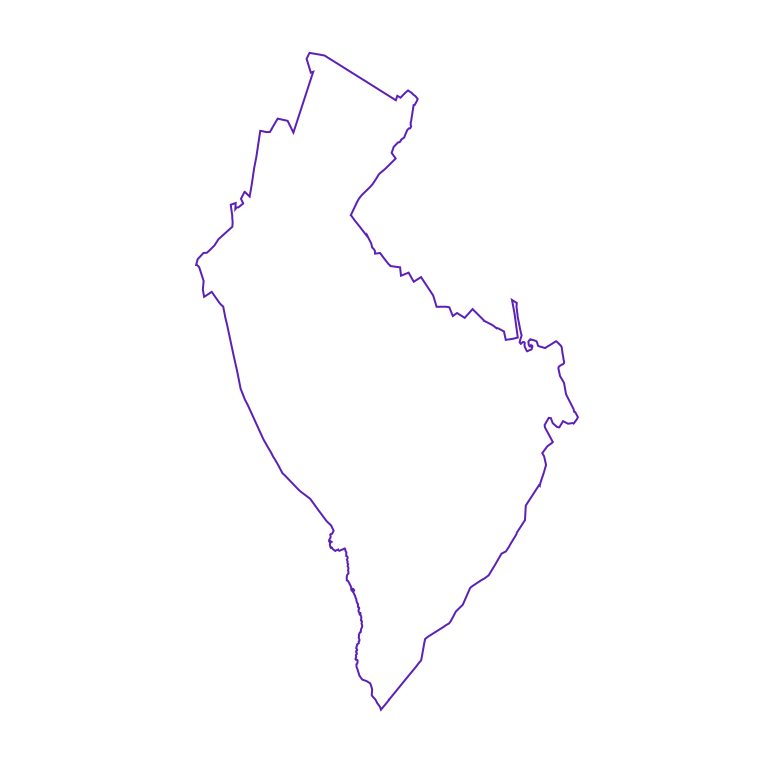 Saunas pag., Preilu, Latvia (Equal Earth projection), rotated 94°
{"feature_id": "27541924B85547198118139", "entity_name": "Saunas pag.", "entity_type": "district", "adm_level": 2, "iso_a3": "LVA", "parent_name": "Latvia", "parent_adm1": "Preilu", "projection": "equal_earth", "projection_center": [26.635, 56.393], "detail": "fine", "context": "isolated", "style": "outline", "palette": "violet", "viewbox_px": 768, "rotation_deg": 94, "n_neighbors": 0, "source": "geoboundaries", "source_scale": "gbopen_adm2", "svg_char_len": 6112}
<svg xmlns="http://www.w3.org/2000/svg" viewBox="0 0 768 768"><g transform="rotate(94 384 384)"><path d="M140.1,525.1L166.4,527.2L177.8,528.6L193.6,529.8L206.4,531.1L202.0,536.3L202.1,536.5L209.2,539.6L213.6,537.1L213.9,537.2L217.9,541.5L218.2,543.3L219.9,544.5L213.8,544.6L215.9,549.4L227.3,547.0L227.7,547.1L228.7,547.0L232.9,546.3L237.6,546.2L251.2,559.3L257.5,562.7L263.8,568.2L265.5,570.0L265.8,573.0L266.0,573.3L272.5,578.6L278.4,579.7L278.4,578.8L280.2,576.6L293.8,571.1L302.5,571.3L309.6,569.5L304.1,562.3L314.7,553.7L316.5,551.8L318.0,549.8L327.7,547.2L328.3,547.1L335.4,544.8L367.1,535.7L381.1,531.5L398.7,526.7L409.2,521.7L414.2,518.6L447.5,500.5L454.0,496.2L460.4,491.8L464.4,489.4L466.5,487.8L471.8,484.2L479.9,479.2L482.3,476.3L496.1,461.1L497.5,459.1L503.7,449.6L514.0,441.0L525.0,431.5L528.8,426.9L533.9,424.0L536.9,425.3L537.2,425.6L537.5,426.8L537.8,427.0L538.2,427.1L539.7,426.6L541.1,426.7L541.7,427.0L542.8,427.6L543.9,427.9L544.4,427.9L544.9,427.6L544.1,427.1L545.1,425.4L545.3,425.8L546.6,426.6L548.0,426.8L548.6,426.7L551.0,425.8L551.2,425.6L550.6,425.0L550.6,424.8L552.0,423.8L552.6,423.0L553.7,421.4L553.9,420.8L553.4,420.3L552.5,418.4L552.8,418.4L553.3,417.4L553.5,416.7L552.4,415.0L551.9,413.5L550.8,411.9L550.9,411.5L551.1,411.3L553.4,410.7L554.5,409.8L555.1,409.7L556.0,409.9L558.3,409.6L558.5,408.8L559.2,408.3L559.9,408.1L562.0,408.7L563.6,407.9L565.0,408.0L566.0,407.5L566.2,407.2L567.8,407.6L568.4,407.5L569.4,406.8L570.0,406.7L570.8,406.6L572.2,406.9L573.7,406.4L574.6,406.4L575.3,406.2L575.9,406.5L576.8,407.3L578.4,407.7L579.3,407.6L580.2,407.7L581.8,407.4L582.5,407.4L582.6,406.8L583.2,405.9L584.6,405.2L585.1,404.7L586.3,404.2L587.1,403.5L589.3,402.5L591.1,402.4L592.4,401.8L592.5,401.6L592.3,401.2L592.0,401.2L591.1,401.3L590.7,401.1L590.5,400.9L590.5,400.6L590.8,400.1L591.9,399.4L592.2,399.4L592.4,399.8L593.3,400.4L593.7,400.4L594.9,399.4L596.2,398.9L597.0,398.1L599.0,397.6L600.3,396.7L602.7,396.2L603.9,395.6L604.7,395.3L605.0,394.8L605.5,394.6L607.6,394.5L608.3,394.3L608.6,394.0L608.6,393.5L608.7,393.3L609.1,393.1L609.6,393.1L611.0,393.6L612.5,393.5L613.4,393.1L613.7,392.9L613.8,392.6L614.0,391.6L614.4,391.5L615.0,392.3L615.6,392.3L616.3,391.1L617.0,390.7L618.3,390.4L619.7,390.3L621.5,390.5L621.9,389.7L622.3,389.5L623.2,389.4L624.6,389.7L625.9,389.1L627.0,388.8L628.1,389.0L630.3,389.8L631.2,389.9L632.9,389.8L633.2,390.0L633.4,390.6L633.7,390.9L634.5,391.0L635.8,391.6L636.2,391.6L637.4,391.3L638.7,391.6L640.6,390.7L641.3,390.6L641.8,390.6L642.6,391.3L643.6,391.1L644.4,391.1L645.6,392.6L645.9,392.7L646.9,392.6L648.1,393.1L649.4,393.3L649.8,393.2L650.4,392.5L651.0,392.2L651.6,392.3L652.6,393.2L653.2,393.2L654.3,392.4L655.0,392.3L655.3,392.3L655.7,392.8L656.5,393.1L656.9,393.1L657.9,392.7L658.5,392.7L659.5,393.1L660.6,393.2L661.0,392.9L661.0,391.7L661.2,391.4L661.6,391.1L662.1,391.0L664.5,391.1L664.9,391.3L665.5,391.9L665.8,392.0L668.2,391.6L668.8,391.4L670.1,390.7L676.1,388.4L677.4,387.6L680.2,385.2L680.5,384.6L681.6,380.6L683.5,377.0L683.8,376.8L684.3,376.5L688.8,374.7L689.8,374.5L695.4,374.5L697.2,372.9L699.3,370.6L702.9,368.4L705.7,366.0L706.7,365.3L709.1,364.3L702.3,359.4L698.7,356.9L698.4,357.0L698.1,356.6L679.2,343.3L663.6,332.2L660.2,330.0L657.4,327.9L656.0,327.5L640.1,325.8L636.1,325.3L635.4,325.1L632.8,322.2L621.9,307.3L620.6,305.8L618.2,302.3L616.2,301.0L605.9,296.4L598.7,290.0L581.6,283.9L580.8,283.3L579.1,281.3L573.1,273.5L570.8,270.0L567.5,266.2L556.4,260.5L545.1,255.0L542.5,250.7L538.1,248.2L534.1,246.3L524.8,241.5L523.0,241.1L510.0,233.9L505.7,233.9L495.4,234.1L474.1,222.3L474.7,221.5L474.0,221.5L469.0,220.4L461.4,218.4L453.4,216.7L445.1,219.2L441.9,221.3L434.7,216.7L431.3,212.6L430.1,211.5L428.3,212.7L416.1,220.4L413.7,220.9L406.3,217.3L406.4,215.2L411.2,213.0L413.0,210.8L414.8,208.3L415.1,206.5L415.0,206.1L408.6,202.8L410.8,197.6L409.8,193.0L409.8,192.6L410.2,192.0L409.1,191.2L408.2,190.9L408.0,190.6L405.1,188.8L403.5,188.3L398.7,191.3L398.5,192.3L397.2,192.8L395.7,193.2L382.7,201.0L381.1,201.8L370.3,204.5L363.7,209.0L356.3,211.1L355.1,211.0L354.8,210.9L354.0,210.3L352.1,207.7L351.9,206.9L351.1,206.1L349.8,205.8L348.7,206.0L346.9,206.7L345.8,206.8L341.1,208.0L335.0,209.3L334.2,209.7L333.5,210.2L331.9,212.0L329.4,215.0L329.4,215.5L333.7,221.3L335.0,223.3L336.1,224.6L336.3,225.2L336.9,225.8L335.5,232.1L335.2,232.7L335.1,233.0L334.6,233.2L332.4,234.0L330.9,234.8L330.4,235.6L329.2,240.9L329.8,240.9L330.2,242.1L331.4,242.9L332.1,242.9L333.1,242.6L334.8,242.4L336.0,241.6L336.1,240.9L336.3,240.8L336.0,240.5L335.3,240.5L335.0,240.2L336.0,239.6L335.5,239.1L335.5,238.8L336.1,238.6L337.0,238.7L338.8,239.1L339.3,239.4L340.6,242.1L341.2,242.9L341.4,243.5L341.0,243.9L340.2,244.4L337.0,246.2L335.1,246.6L333.4,246.4L332.8,246.7L332.5,247.2L332.4,248.3L333.7,249.8L334.3,250.1L334.4,250.4L332.9,251.6L330.1,251.1L326.0,250.1L322.8,251.2L308.1,255.2L297.7,257.2L293.9,257.2L291.2,262.2L304.6,258.7L328.3,253.8L329.9,258.5L331.5,265.6L323.2,268.0L320.6,273.8L320.3,275.3L320.6,275.5L317.9,279.5L314.3,287.7L314.1,288.5L313.9,288.4L303.1,300.9L312.4,308.1L308.1,316.1L311.4,320.1L302.9,324.2L302.6,327.4L303.3,336.9L292.3,341.1L274.8,354.5L279.9,361.5L271.2,367.2L274.8,374.6L266.5,376.1L265.9,385.8L265.1,386.3L264.3,387.6L261.3,390.4L253.6,397.1L254.6,402.0L251.5,402.5L249.5,404.2L248.8,405.3L244.8,406.5L236.4,411.5L237.2,411.7L228.5,419.4L222.8,424.7L218.3,428.4L218.0,428.9L204.2,423.5L201.2,422.1L199.0,420.7L196.8,419.1L189.0,412.1L185.6,409.4L180.1,406.3L175.7,404.0L174.5,403.2L169.5,398.0L158.3,388.1L157.7,388.5L152.9,392.5L146.7,390.8L142.0,386.8L141.7,385.3L139.5,383.9L139.0,383.9L136.7,381.0L133.9,380.2L129.1,378.5L127.4,377.2L127.2,375.9L125.8,375.1L125.1,374.9L124.2,375.4L121.1,375.6L119.9,375.3L103.7,373.9L103.5,372.9L101.7,372.0L99.0,370.8L97.2,370.3L94.8,372.6L94.3,373.2L93.9,374.1L92.7,375.6L91.7,376.6L89.5,380.5L91.7,382.8L97.2,387.5L95.6,390.8L100.1,392.0L60.5,466.2L59.8,472.1L58.9,481.4L65.0,483.9L78.5,478.7L77.5,476.4L139.5,491.9L128.2,498.5L126.7,508.6L137.2,513.8L137.3,513.7L140.6,515.4L140.9,519.1L140.2,523.7L140.1,525.1Z" fill="none" stroke="#5b21b6" stroke-width="2"/></g></svg>